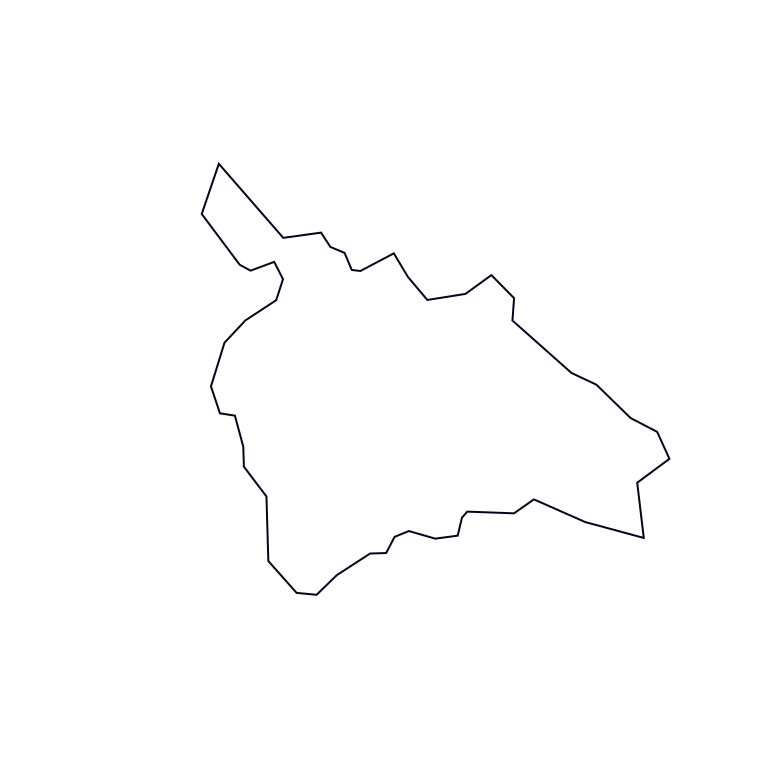 Keita, Tahoua, Niger (Natural Earth projection), rotated 235°
{"feature_id": "23599985B44584919101761", "entity_name": "Keita", "entity_type": "district", "adm_level": 2, "iso_a3": "NER", "parent_name": "Niger", "parent_adm1": "Tahoua", "projection": "natural_earth1", "projection_center": [5.89, 14.779], "detail": "fine", "context": "isolated", "style": "outline", "palette": "ink", "viewbox_px": 768, "rotation_deg": 235, "n_neighbors": 0, "source": "geoboundaries", "source_scale": "gbopen_adm2", "svg_char_len": 778}
<svg xmlns="http://www.w3.org/2000/svg" viewBox="0 0 768 768"><g transform="rotate(235 384 384)"><path d="M261.6,557.6L285.5,543.9L362.3,525.6L379.7,539.8L411.6,534.4L411.1,502.4L428.0,467.7L458.1,465.0L485.4,467.0L490.1,429.5L495.9,423.0L514.0,426.9L527.0,418.7L544.1,419.3L561.5,385.3L659.1,375.0L627.8,332.2L564.4,334.2L553.4,339.7L547.0,364.1L527.8,361.4L514.5,343.8L515.6,307.0L509.3,277.0L481.3,240.9L454.1,232.8L443.6,243.7L413.4,232.8L396.6,221.8L359.3,223.2L305.3,187.7L263.0,192.6L250.0,207.9L254.5,235.8L253.1,275.4L244.3,288.8L252.7,305.0L249.3,320.0L227.9,337.3L217.5,357.4L229.8,371.2L231.7,379.0L203.5,416.3L203.5,440.6L155.4,469.7L108.9,508.5L157.9,534.8L159.0,574.9L188.1,580.3L214.6,566.5L261.6,557.6Z" fill="none" stroke="#020617" stroke-width="2"/></g></svg>